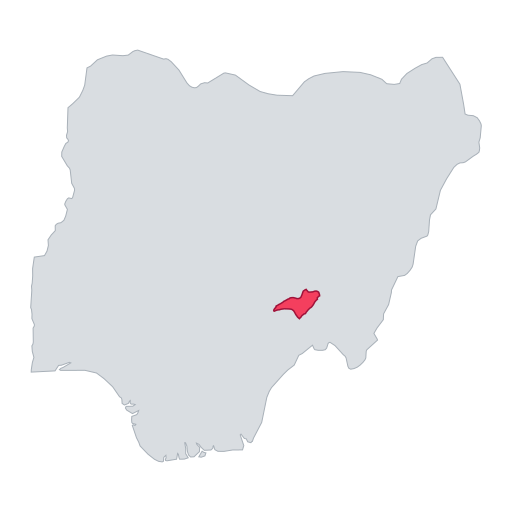 location of Wukari, Taraba, Nigeria
{"feature_id": "59680162B18982121994254", "entity_name": "Wukari", "entity_type": "district", "adm_level": 2, "iso_a3": "NGA", "parent_name": "Nigeria", "parent_adm1": "Taraba", "projection": "robinson", "projection_center": [9.844, 7.955], "detail": "fine", "context": "in_parent", "style": "filled", "palette": "rose", "viewbox_px": 512, "rotation_deg": 0, "n_neighbors": 0, "source": "geoboundaries", "source_scale": "gbopen_adm2", "svg_char_len": 5762}
<svg xmlns="http://www.w3.org/2000/svg" viewBox="0 0 512 512"><path d="M442.6,57.3L459.9,84.2L463.6,104.2L465.1,114.0L467.9,115.2L473.3,115.7L477.2,117.7L479.5,120.9L481.0,124.0L481.3,125.8L480.2,137.8L478.9,142.1L479.7,148.0L479.4,150.5L478.9,152.3L476.5,154.2L473.2,156.2L465.4,161.9L463.2,162.7L460.0,162.9L457.1,164.3L453.8,167.4L446.6,178.8L440.4,190.3L435.9,209.0L430.5,214.8L429.5,219.9L428.7,231.5L427.8,235.0L427.0,236.1L421.1,238.3L417.7,240.9L415.7,246.2L413.1,264.1L412.2,267.0L410.2,270.1L407.2,273.5L404.6,275.4L397.9,276.6L391.5,290.0L391.4,292.4L388.6,304.6L383.6,313.8L383.3,319.7L377.1,327.9L373.9,333.4L377.2,339.1L377.5,340.1L366.8,349.8L366.2,351.3L365.8,358.0L364.9,359.9L363.0,362.3L360.1,365.1L357.2,367.2L353.9,368.6L350.7,369.2L348.9,368.3L347.9,366.3L346.1,358.0L345.2,356.3L343.2,354.6L335.0,345.6L330.0,342.3L329.0,342.6L328.1,343.4L326.7,348.0L325.3,349.7L322.7,350.3L318.2,350.3L314.9,349.7L314.1,348.8L312.5,345.2L302.3,353.5L298.8,355.3L294.2,365.1L287.8,370.0L283.4,374.3L271.5,387.6L269.2,391.5L266.8,397.4L261.7,422.4L253.5,438.1L252.4,441.4L252.0,441.3L250.9,442.7L247.7,441.8L246.3,438.9L244.3,438.4L241.0,434.1L240.2,434.9L243.8,445.6L242.5,449.9L232.5,450.0L223.8,451.4L217.9,451.3L214.9,449.7L213.6,445.7L213.1,446.1L212.8,448.3L210.9,450.0L204.3,450.3L201.3,447.5L199.0,444.4L196.4,443.1L196.8,444.4L199.7,447.4L199.4,451.7L194.0,456.8L190.6,457.0L188.5,454.9L187.4,451.3L186.9,446.1L185.5,442.7L184.7,442.7L185.7,448.4L185.7,453.7L188.2,457.8L184.3,459.1L179.6,459.2L179.0,457.7L178.4,454.3L177.6,453.4L176.6,459.2L167.0,460.8L165.6,460.5L165.3,459.4L166.1,457.9L165.9,455.3L163.8,457.3L163.4,461.3L162.2,461.9L158.5,461.3L154.5,459.3L148.0,454.2L140.1,446.0L138.8,442.3L136.5,437.8L132.3,425.4L133.1,424.8L135.0,425.5L135.9,424.3L132.5,423.4L131.8,422.5L131.6,419.8L131.8,416.4L136.8,414.6L138.0,412.6L138.7,410.5L132.5,413.6L126.7,410.1L125.4,408.0L126.1,406.4L132.8,406.2L135.2,404.6L133.7,404.1L131.1,404.1L130.2,403.1L130.3,400.5L129.5,401.1L128.4,403.4L124.4,405.0L122.1,403.4L121.9,399.6L121.4,398.0L119.5,396.7L112.7,386.8L104.1,378.7L96.5,373.0L84.9,370.3L60.7,370.4L59.4,369.6L60.9,368.3L63.0,367.5L70.8,362.9L69.5,362.3L61.4,365.2L58.6,365.4L55.0,370.9L31.2,372.1L31.3,369.6L32.4,362.4L33.9,357.4L32.3,351.4L31.9,345.9L32.9,344.2L33.3,342.1L33.1,328.1L34.3,326.0L34.4,324.6L31.9,318.6L32.0,314.0L31.5,309.6L30.7,307.6L31.8,290.4L31.5,286.2L32.2,283.2L32.7,275.8L32.6,268.6L34.3,257.1L44.5,255.6L47.0,251.1L48.4,245.5L48.0,239.8L51.3,234.9L55.3,230.6L55.2,225.8L56.3,224.3L58.2,223.2L60.9,222.7L63.9,220.3L65.7,216.1L67.4,209.4L64.8,204.8L64.8,203.8L65.8,201.3L67.4,198.8L68.7,197.9L71.7,198.6L72.6,197.6L74.6,190.2L74.4,188.3L71.7,183.3L70.2,170.0L69.5,168.2L67.3,165.8L61.7,156.4L61.8,152.0L64.3,146.3L65.8,143.5L68.0,142.0L68.5,140.7L67.8,139.1L66.7,137.9L66.5,135.3L67.6,131.7L67.3,127.8L68.0,107.7L72.6,103.8L79.4,97.2L82.8,90.4L84.7,85.2L87.0,67.9L90.6,66.1L97.4,59.8L106.6,56.1L112.5,55.0L122.9,55.7L128.2,55.1L132.8,51.6L134.8,50.7L137.7,50.1L163.6,59.1L166.0,58.7L168.0,59.3L171.2,61.7L178.9,70.0L186.9,82.9L189.4,85.7L191.9,87.2L194.4,87.8L196.4,87.6L198.2,86.3L200.7,83.9L204.6,82.7L207.7,83.0L223.9,73.1L225.5,72.9L235.4,75.1L249.0,85.0L260.1,91.5L267.9,93.7L277.0,95.2L292.6,95.7L304.4,81.8L308.8,78.7L314.0,76.0L325.0,73.4L343.1,71.6L360.1,72.4L370.7,74.8L381.9,79.3L386.7,83.7L394.3,84.4L399.7,83.5L401.5,79.2L406.9,73.5L415.0,68.3L421.7,64.6L427.1,63.0L432.0,58.8L435.9,57.4L442.6,57.3ZM204.9,455.9L201.2,457.2L198.8,456.8L202.1,451.2L203.8,452.4L205.9,452.9L204.9,455.9Z" fill="#d9dde1" stroke="#a8b0b8" stroke-width="1"/><path d="M317.4,299.3L317.3,299.0L317.3,297.7L319.0,296.1L319.6,295.9L319.6,295.6L319.6,295.3L319.6,295.2L319.4,294.2L319.2,293.7L318.9,293.1L318.9,292.7L318.8,292.4L318.5,292.3L318.4,292.2L318.3,291.9L318.1,291.8L317.9,291.7L317.5,291.4L317.0,291.3L316.6,291.1L316.4,291.1L316.0,291.1L315.3,291.1L314.9,291.1L314.6,291.2L312.6,291.9L310.9,292.0L310.1,292.1L309.9,292.1L309.6,292.1L309.4,292.1L309.2,292.1L308.3,292.0L308.2,291.8L308.0,291.6L307.8,291.4L307.6,291.1L307.0,290.5L306.8,290.3L306.5,289.9L306.1,289.4L306.0,289.5L305.1,289.9L304.8,290.0L304.1,290.6L303.8,290.7L303.5,290.9L303.3,291.1L302.8,292.2L302.1,294.4L301.5,295.8L300.9,297.2L300.3,297.7L299.9,298.0L299.7,298.2L299.3,298.3L299.0,298.4L298.2,298.6L297.9,298.6L296.7,298.6L296.2,298.3L295.5,298.1L294.5,297.9L293.8,297.7L293.2,297.6L292.2,297.6L290.6,297.8L289.6,298.2L289.1,298.8L287.9,299.1L287.1,299.6L285.7,300.4L284.4,301.1L283.8,301.3L282.9,302.2L282.0,302.8L281.7,302.9L281.4,303.1L281.2,303.3L280.8,303.5L279.9,304.0L278.8,304.5L277.6,305.3L277.2,305.5L276.4,305.9L276.3,306.0L276.1,306.1L276.1,306.3L276.2,306.6L276.2,306.8L275.9,307.0L275.7,307.2L275.4,307.8L275.0,308.2L274.6,308.6L274.0,309.6L273.7,310.4L273.9,311.0L274.2,311.2L275.2,310.8L275.9,310.5L276.5,310.3L277.8,309.9L279.4,309.8L279.6,309.7L281.2,309.2L283.6,308.9L283.9,308.8L284.5,308.8L287.8,308.9L288.2,308.9L290.5,309.1L291.1,309.2L292.0,309.5L293.6,310.7L294.6,312.3L295.4,313.8L295.8,314.6L296.2,315.1L296.9,316.1L297.2,316.4L297.5,317.0L299.4,318.7L300.0,318.0L300.1,317.9L300.8,317.3L301.0,317.0L301.2,316.7L301.4,316.4L301.6,316.1L301.8,315.8L302.0,315.5L302.6,315.1L302.9,314.9L304.1,313.9L304.3,313.9L304.7,313.8L304.9,313.7L305.2,313.7L305.7,313.2L306.1,312.4L306.3,312.0L306.7,311.6L306.9,311.4L307.1,311.1L307.4,310.8L307.6,310.5L308.1,309.9L309.8,308.2L310.4,307.8L310.6,307.7L311.3,307.2L311.6,306.9L312.0,306.4L312.2,306.2L312.4,305.9L312.7,305.5L312.9,305.3L313.1,305.0L313.4,304.5L313.5,304.4L313.6,304.2L313.9,303.6L314.1,303.2L314.3,302.9L314.5,302.4L314.9,301.9L315.0,301.7L315.4,301.2L315.8,300.8L316.0,300.5L316.1,300.3L316.3,300.2L317.4,299.3Z" fill="#f43f5e" stroke="#9f1239" stroke-width="1.5"/></svg>